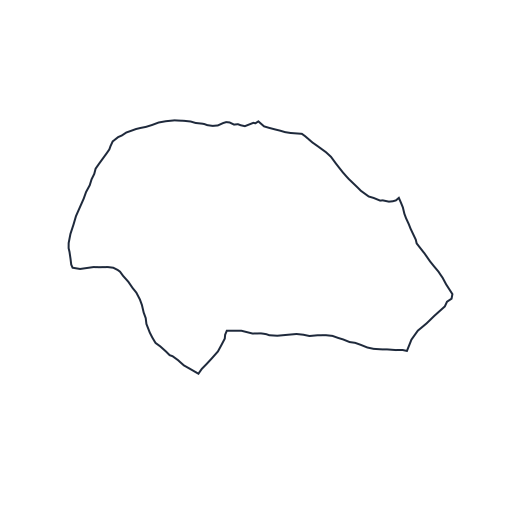 Okitipupa, Ondo, Nigeria, rotated 126°
{"feature_id": "59680162B5540117047510", "entity_name": "Okitipupa", "entity_type": "district", "adm_level": 2, "iso_a3": "NGA", "parent_name": "Nigeria", "parent_adm1": "Ondo", "projection": "natural_earth1", "projection_center": [4.71, 6.565], "detail": "fine", "context": "isolated", "style": "outline", "palette": "slate", "viewbox_px": 512, "rotation_deg": 126, "n_neighbors": 0, "source": "geoboundaries", "source_scale": "gbopen_adm2", "svg_char_len": 2379}
<svg xmlns="http://www.w3.org/2000/svg" viewBox="0 0 512 512"><g transform="rotate(126 256 256)"><path d="M373.3,397.5L369.9,390.7L360.5,381.0L357.1,376.1L352.0,369.3L349.4,364.6L348.6,359.7L348.6,356.8L350.2,351.9L351.9,344.1L354.4,337.1L356.0,331.2L359.4,324.4L362.7,319.5L367.8,313.6L369.6,310.9L371.1,308.7L375.4,304.7L380.4,296.9L382.9,292.0L384.8,287.6L385.4,286.1L385.4,280.3L386.2,272.5L387.0,267.6L386.1,264.6L386.1,257.8L386.4,255.2L386.9,250.0L386.0,242.2L385.1,233.4L379.2,233.5L372.5,232.5L364.9,231.6L355.6,230.7L348.0,231.7L341.2,232.7L337.8,234.7L333.6,235.7L325.1,224.0L320.8,213.3L315.7,206.5L314.5,204.3L313.2,201.7L312.3,198.7L308.0,191.9L307.3,191.1L302.9,186.1L295.3,177.4L291.9,171.5L289.3,165.7L284.2,159.9L279.1,153.1L275.7,147.2L274.0,141.4L272.3,136.5L270.6,129.7L268.0,124.8L266.3,119.0L264.6,112.2L262.0,106.3L257.7,99.5L254.3,94.7L250.1,87.9L245.8,82.0L244.1,78.1L235.0,80.4L232.3,81.1L221.3,81.2L210.3,78.4L201.0,76.8L199.3,76.5L185.8,73.6L180.7,74.6L175.6,72.7L171.4,74.7L167.2,85.5L163.9,92.3L162.6,96.0L161.4,99.2L159.7,106.0L158.1,111.9L154.7,121.7L154.5,122.6L151.4,133.4L148.9,136.3L143.0,147.1L140.5,151.0L137.2,156.9L134.6,160.8L130.4,165.7L127.9,169.7L125.0,174.6L128.8,175.5L131.3,177.5L133.9,180.4L135.2,183.3L136.5,186.2L138.2,188.1L139.9,195.0L141.6,199.8L141.6,203.4L141.6,203.7L141.6,209.6L141.4,210.7L140.8,214.5L140.0,220.3L139.2,226.2L138.4,230.1L137.5,234.0L137.4,234.6L136.7,237.0L135.9,239.9L134.2,245.8L131.7,253.6L130.9,260.4L130.9,265.3L130.9,271.2L131.0,277.0L130.2,286.7L130.2,288.1L130.2,290.7L136.2,300.4L138.7,305.3L140.4,310.1L142.4,315.0L144.7,320.9L146.4,325.7L145.7,333.2L149.0,334.5L149.8,336.4L153.1,338.5L155.6,340.1L157.5,341.3L159.2,345.2L160.0,348.1L162.6,351.0L163.5,355.9L165.2,358.8L167.7,360.7L172.8,363.6L176.2,367.5L178.8,372.4L179.6,375.3L180.5,377.2L183.9,383.1L185.6,387.9L189.0,393.8L191.6,397.7L194.1,401.6L195.9,403.6L196.7,404.5L199.9,408.1L200.1,408.3L205.2,413.2L211.1,417.1L216.2,420.9L220.4,424.8L223.8,427.7L228.1,430.6L232.3,433.5L237.4,435.4L240.8,437.4L247.5,439.3L252.6,438.3L256.0,437.3L260.2,437.2L266.1,437.2L268.5,437.2L272.5,437.2L273.7,437.2L279.6,437.1L284.7,435.1L290.6,434.1L296.5,432.1L304.1,431.1L310.9,429.1L329.5,425.1L337.9,422.1L347.2,419.1L355.6,415.2L359.8,412.2L362.3,409.3L367.4,404.3L371.6,400.4L373.3,397.5Z" fill="none" stroke="#1e293b" stroke-width="2"/></g></svg>